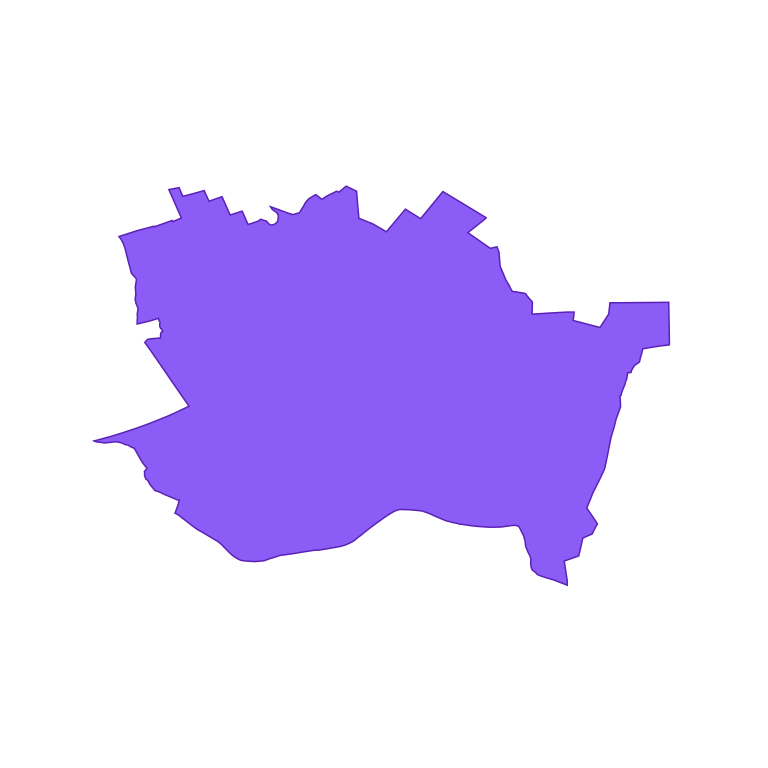 outline of Vetis, Satu Mare, Romania, rotated 168°
{"feature_id": "2599482B41100527778535", "entity_name": "Vetis", "entity_type": "district", "adm_level": 2, "iso_a3": "ROU", "parent_name": "Romania", "parent_adm1": "Satu Mare", "projection": "natural_earth1", "projection_center": [22.756, 47.784], "detail": "fine", "context": "isolated", "style": "filled", "palette": "violet", "viewbox_px": 768, "rotation_deg": 168, "n_neighbors": 0, "source": "geoboundaries", "source_scale": "gbopen_adm2", "svg_char_len": 5532}
<svg xmlns="http://www.w3.org/2000/svg" viewBox="0 0 768 768"><g transform="rotate(168 384 384)"><path d="M458.2,581.0L457.7,579.6L457.3,578.7L456.8,577.9L456.1,576.9L454.6,575.4L453.3,573.9L452.8,572.7L452.6,571.7L452.5,570.5L452.6,569.8L452.8,569.1L453.4,567.1L453.9,566.0L454.3,565.3L455.6,564.2L457.0,563.4L458.0,563.1L459.3,562.9L460.3,562.9L461.2,563.0L462.4,563.7L463.4,564.7L464.2,565.9L464.5,566.7L464.9,567.6L466.5,568.6L467.5,569.0L468.3,569.5L469.7,570.5L470.3,570.7L471.0,570.6L471.5,570.4L471.9,570.0L472.7,569.6L476.9,569.0L483.8,568.3L486.8,582.6L499.3,581.3L503.5,600.9L517.1,599.2L519.0,607.1L519.2,608.5L519.6,610.6L530.5,609.9L541.8,609.4L543.6,618.7L554.0,618.9L547.7,588.5L557.0,586.7L557.2,588.0L576.0,585.5L576.2,586.2L593.6,585.3L612.6,583.4L611.1,580.1L609.9,576.0L609.2,571.2L608.7,558.4L608.6,556.4L608.5,554.1L608.2,549.2L608.2,547.3L608.1,546.2L608.0,545.1L607.9,544.6L607.4,543.6L606.3,541.7L605.5,540.4L604.6,538.8L604.5,538.2L604.5,537.6L604.7,536.9L605.0,536.1L605.2,535.4L605.8,534.2L606.3,532.7L606.8,531.4L607.0,530.9L607.2,530.2L607.3,529.3L607.4,528.2L607.6,527.1L607.7,525.8L607.9,524.9L608.0,523.9L608.3,522.5L608.8,521.6L609.1,520.7L609.2,519.8L609.7,519.1L609.9,518.1L609.8,516.2L609.9,514.8L609.6,513.2L609.1,510.2L608.9,509.5L608.9,508.8L610.9,503.7L611.0,502.6L611.5,499.5L612.1,497.9L613.0,494.0L600.7,494.3L595.6,494.7L591.0,495.1L591.0,494.1L590.8,492.8L590.6,492.0L590.2,491.1L590.4,490.3L591.0,489.2L591.2,488.0L591.3,486.4L591.0,485.0L590.4,484.1L589.6,482.5L589.6,481.5L589.9,481.2L590.5,481.2L591.3,480.8L591.7,480.1L592.3,478.8L592.6,477.2L593.1,475.5L596.4,476.0L599.7,476.3L602.7,476.7L605.5,476.8L606.3,476.7L609.4,474.3L607.1,469.3L605.6,465.9L600.6,453.9L596.1,443.0L590.5,429.4L583.5,412.7L579.4,402.8L595.8,398.9L603.1,397.4L609.8,396.2L617.8,394.8L629.0,393.1L639.0,391.8L653.5,390.3L662.8,389.5L679.5,388.6L678.8,388.0L676.5,386.8L673.5,385.9L670.0,384.5L667.7,384.2L663.7,383.8L659.0,383.4L655.4,382.2L652.9,380.9L649.5,378.4L647.0,377.5L644.8,375.2L642.3,373.4L641.7,373.3L639.9,367.5L637.9,361.2L636.6,357.4L633.8,351.6L633.3,351.1L634.7,349.6L636.4,348.5L636.6,348.3L636.6,348.0L636.6,346.9L636.7,346.4L636.8,346.0L637.2,344.8L637.2,343.5L636.7,340.6L636.0,339.7L635.4,339.2L634.7,337.7L634.2,335.4L633.7,334.2L632.5,331.8L630.7,328.5L630.5,327.6L626.2,325.1L620.9,321.0L608.8,312.7L608.4,312.8L609.8,310.3L610.1,309.4L615.0,301.5L615.3,301.2L612.2,298.5L611.4,297.5L609.2,294.9L602.9,287.5L601.6,285.8L599.2,283.1L596.9,280.6L591.5,275.8L579.8,265.0L577.6,262.5L576.3,260.8L574.6,258.0L572.1,254.1L569.6,250.2L567.1,246.9L563.4,243.3L561.0,241.5L559.4,240.8L557.0,239.9L547.6,237.2L538.9,236.1L537.3,236.1L531.4,237.0L528.8,237.1L524.8,237.5L524.3,237.6L523.7,237.7L520.0,238.0L518.6,237.7L517.4,237.6L511.8,237.2L509.1,237.0L506.8,236.9L499.8,236.6L494.4,236.3L488.9,236.0L485.6,235.7L481.7,235.0L470.4,234.5L461.6,234.2L458.6,234.3L455.8,234.5L452.0,235.2L446.6,236.6L441.0,239.5L438.0,240.8L435.2,242.3L430.0,244.9L427.2,246.3L419.9,249.6L410.6,253.7L405.4,255.7L400.2,257.4L398.1,257.8L395.5,258.0L394.5,257.9L388.0,256.4L385.2,255.7L379.0,253.8L373.4,252.0L368.3,249.0L365.5,247.1L362.8,245.0L357.8,241.5L355.0,239.5L351.8,237.4L344.7,233.8L342.8,233.1L339.5,231.4L333.4,229.2L327.2,226.9L320.9,224.9L316.0,223.5L311.8,222.3L306.5,221.1L298.6,219.7L292.7,219.3L289.9,219.1L287.1,218.8L285.5,218.5L284.1,218.1L283.0,217.6L281.6,216.3L281.1,214.6L280.1,210.6L279.3,207.9L278.9,205.7L278.7,200.7L279.2,195.8L278.6,192.6L278.2,189.9L277.5,187.2L276.9,185.3L276.7,182.1L277.3,180.1L277.9,177.7L278.1,173.7L278.1,172.9L277.5,171.0L276.3,169.8L275.5,168.7L274.8,167.9L273.8,165.9L272.6,165.0L270.0,163.3L265.4,160.6L258.8,157.1L256.2,155.4L253.6,153.7L248.4,150.3L246.6,149.1L245.6,154.0L245.3,159.9L244.9,166.7L244.5,173.4L237.3,174.3L229.3,175.3L226.7,180.8L224.3,185.9L221.6,191.9L218.3,192.7L211.6,194.0L208.0,198.6L204.3,202.8L207.4,210.8L209.3,215.3L211.5,220.5L206.4,227.9L202.3,234.1L201.4,235.2L197.9,239.5L191.9,247.1L185.8,255.2L183.7,259.8L179.8,268.7L175.9,277.9L173.2,284.2L167.3,295.1L164.2,301.5L161.5,305.8L157.4,312.3L156.6,316.6L155.6,323.3L154.6,323.5L152.8,327.1L148.4,333.5L146.9,336.6L145.7,338.1L143.3,344.3L140.0,343.9L139.3,345.4L137.8,347.3L135.1,350.0L129.6,352.4L128.5,354.5L128.2,355.5L126.3,359.0L123.5,364.6L115.8,364.3L113.3,364.2L104.8,363.7L97.1,362.9L96.5,363.6L88.5,404.7L141.1,415.4L146.1,416.5L149.6,405.8L158.0,397.4L161.0,394.4L181.3,404.6L185.8,406.8L184.1,411.5L183.1,414.8L189.4,416.2L206.7,418.9L224.6,421.5L221.8,433.3L225.0,439.1L225.8,440.6L226.3,442.2L227.0,443.2L235.2,446.5L237.6,447.2L238.8,447.9L239.6,448.8L240.5,452.0L240.8,453.5L243.2,460.7L244.4,467.2L245.8,474.6L245.9,475.7L245.8,476.1L245.7,476.5L244.2,488.4L244.2,490.0L245.0,494.7L251.8,494.6L252.1,494.9L252.1,495.0L252.3,495.1L270.5,514.6L250.4,524.6L249.7,525.1L249.5,525.4L274.3,548.7L286.4,560.0L313.8,538.1L324.1,548.0L326.7,550.6L350.0,532.4L361.7,543.0L373.0,550.6L374.1,551.0L373.0,560.4L370.8,578.3L379.9,585.4L387.8,581.2L388.3,581.1L389.9,582.3L390.3,582.3L390.8,582.3L392.3,581.9L399.4,580.1L401.2,579.6L403.5,578.7L405.1,578.1L406.1,577.6L406.3,577.6L406.6,577.8L410.9,583.0L411.4,583.4L412.3,583.2L413.8,582.7L414.8,582.3L416.3,581.8L417.7,581.4L419.5,580.5L421.6,579.1L422.8,578.0L424.6,576.2L425.4,574.9L426.6,573.9L428.4,572.0L430.9,569.3L431.3,569.1L432.1,569.0L437.7,568.7L438.2,568.6L438.6,568.8L440.1,569.9L443.4,571.7L445.7,573.3L448.3,574.8L450.6,576.4L458.2,581.0Z" fill="#8b5cf6" stroke="#5b21b6" stroke-width="1.5"/></g></svg>